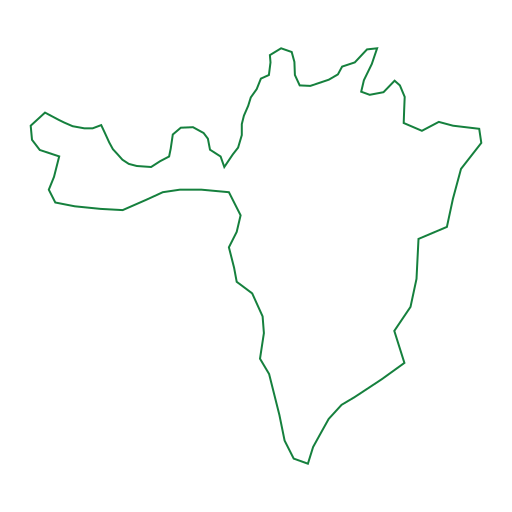 outline of Agia Varvara Lefkosias, Nicosia, Cyprus
{"feature_id": "46923920B36952304373439", "entity_name": "Agia Varvara Lefkosias", "entity_type": "district", "adm_level": 2, "iso_a3": "CYP", "parent_name": "Cyprus", "parent_adm1": "Nicosia", "projection": "robinson", "projection_center": [33.352, 34.985], "detail": "fine", "context": "isolated", "style": "outline", "palette": "green", "viewbox_px": 512, "rotation_deg": 0, "n_neighbors": 0, "source": "geoboundaries", "source_scale": "gbopen_adm2", "svg_char_len": 1406}
<svg xmlns="http://www.w3.org/2000/svg" viewBox="0 0 512 512"><path d="M479.2,128.8L453.0,125.7L438.8,121.9L421.9,130.8L403.7,123.0L404.2,108.9L404.7,96.9L399.9,85.4L394.6,80.7L383.5,92.2L369.7,94.8L361.2,91.7L363.9,80.2L371.8,64.0L377.1,48.3L367.0,49.4L354.8,62.4L342.1,66.6L337.9,74.4L328.8,79.7L310.3,85.9L299.7,85.4L294.9,75.0L294.4,61.9L291.7,52.0L281.1,48.3L269.9,55.1L270.5,62.4L268.9,75.0L260.9,78.6L256.7,89.1L250.8,97.4L248.2,105.8L243.9,115.7L241.8,124.1L241.8,135.1L238.1,147.6L232.8,154.4L224.3,167.0L220.6,156.5L210.0,149.7L207.9,138.7L203.6,133.0L193.0,127.2L180.8,127.7L172.8,134.5L170.7,148.7L169.1,156.5L160.1,161.2L151.1,167.0L136.8,166.0L128.8,163.9L122.4,159.7L117.7,154.4L112.9,149.2L109.2,142.4L104.9,133.0L101.2,125.1L92.7,128.3L84.2,128.3L72.6,126.2L64.1,122.5L58.8,119.9L45.0,112.6L30.7,125.7L32.0,139.8L39.8,150.0L59.2,156.4L54.0,176.9L48.8,189.7L55.3,202.5L66.0,204.6L74.8,206.3L100.7,208.9L122.7,210.1L146.0,199.9L162.8,192.2L179.7,189.7L201.7,189.7L228.9,192.2L240.6,215.3L236.7,231.9L228.9,247.3L234.1,267.8L236.7,281.8L252.2,293.4L262.6,316.4L263.9,333.1L260.0,358.7L269.1,374.0L279.4,415.0L284.6,440.6L293.7,458.6L307.9,463.7L313.1,447.0L320.9,432.9L328.7,418.9L341.6,404.8L354.6,397.1L381.8,379.2L404.4,362.9L394.3,330.9L410.5,306.9L416.5,278.9L418.5,238.9L446.9,226.9L452.9,198.9L461.0,168.9L481.3,142.9L479.2,128.8Z" fill="none" stroke="#15803d" stroke-width="2"/></svg>